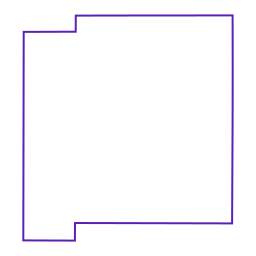 outline of Hamilton, Iowa, United States of America, rotated 270°
{"feature_id": "52423323B92717538873047", "entity_name": "Hamilton", "entity_type": "district", "adm_level": 2, "iso_a3": "USA", "parent_name": "United States of America", "parent_adm1": "Iowa", "projection": "orthographic", "projection_center": [-93.664, 42.384], "detail": "fine", "context": "isolated", "style": "outline", "palette": "violet", "viewbox_px": 256, "rotation_deg": 270, "n_neighbors": 0, "source": "geoboundaries", "source_scale": "gbopen_adm2", "svg_char_len": 299}
<svg xmlns="http://www.w3.org/2000/svg" viewBox="0 0 256 256"><g transform="rotate(270 128 128)"><path d="M224.1,23.7L15.6,23.3L15.4,74.9L33.0,75.0L32.6,232.1L136.1,232.6L188.0,232.7L240.6,232.6L240.5,128.0L240.4,75.8L224.3,75.7L224.1,23.7Z" fill="none" stroke="#5b21b6" stroke-width="2"/></g></svg>